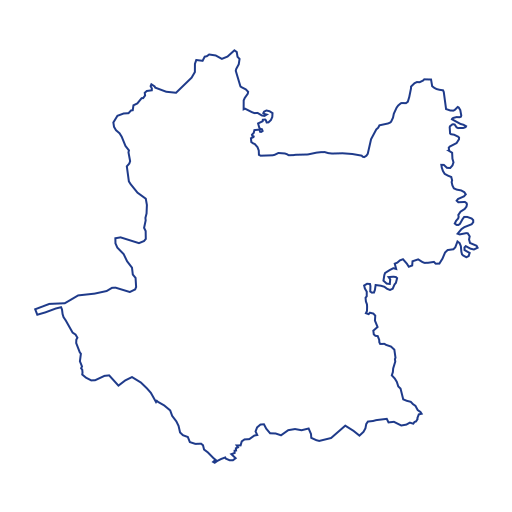 the district of Gaoual, Gaoual, Guinea, rotated 89°
{"feature_id": "49546643B28661548838550", "entity_name": "Gaoual", "entity_type": "district", "adm_level": 2, "iso_a3": "GIN", "parent_name": "Guinea", "parent_adm1": "Gaoual", "projection": "natural_earth1", "projection_center": [-13.638, 11.692], "detail": "fine", "context": "isolated", "style": "outline", "palette": "blue", "viewbox_px": 512, "rotation_deg": 89, "n_neighbors": 0, "source": "geoboundaries", "source_scale": "gbopen_adm2", "svg_char_len": 5969}
<svg xmlns="http://www.w3.org/2000/svg" viewBox="0 0 512 512"><g transform="rotate(89 256 256)"><path d="M113.4,392.1L120.0,396.3L124.4,395.7L127.8,393.8L130.9,390.3L134.4,388.2L143.7,384.6L148.2,381.2L150.1,381.7L159.0,380.2L161.4,381.1L164.1,383.6L179.2,381.8L182.0,380.1L190.6,373.4L196.8,365.2L203.1,364.2L211.6,364.7L216.0,365.9L218.5,365.7L225.9,367.4L229.1,365.9L237.0,365.9L239.1,367.7L241.1,372.8L235.0,391.1L235.8,396.3L240.9,396.3L245.2,394.5L251.8,388.3L259.0,385.0L265.5,380.2L272.4,379.5L275.8,376.8L284.9,376.4L287.3,377.4L289.8,382.8L285.2,397.0L285.3,400.5L288.4,405.9L290.8,418.0L292.3,434.5L299.9,448.0L300.3,463.5L305.4,477.7L310.9,475.7L308.7,467.6L305.0,457.1L303.8,451.8L306.1,450.9L310.7,450.4L313.8,449.5L317.2,447.3L329.4,440.7L331.4,437.8L334.6,436.0L336.5,437.1L339.9,437.3L349.2,433.9L350.7,432.8L358.2,433.9L363.4,431.9L365.2,432.8L366.7,431.7L369.5,431.5L371.5,431.8L374.7,428.1L377.5,422.9L377.4,419.0L373.2,409.6L372.8,404.9L383.2,395.8L378.1,388.9L374.9,382.1L380.5,373.3L386.4,367.4L391.0,363.5L400.3,358.5L399.1,357.7L400.1,356.6L403.8,350.4L408.9,344.5L414.4,342.6L420.0,338.5L424.5,336.4L431.1,335.0L433.9,332.2L435.8,327.3L440.9,325.4L442.8,319.9L442.7,314.2L444.3,312.3L448.6,311.3L451.5,307.6L457.2,302.2L459.1,300.0L461.1,302.4L462.0,300.9L460.2,298.2L458.3,294.3L456.9,290.3L458.0,289.8L459.8,285.9L459.8,282.6L457.8,279.9L453.7,284.1L452.6,280.8L450.3,280.8L450.1,279.3L447.9,279.5L447.0,277.4L445.1,278.6L445.1,274.7L441.1,273.5L439.2,270.7L439.0,265.9L435.5,260.8L435.0,257.9L431.4,259.5L427.4,257.9L424.6,254.5L424.4,251.0L428.8,248.8L433.5,245.0L433.8,239.5L435.7,234.1L430.7,226.8L429.7,220.0L431.0,213.5L429.4,206.4L435.0,204.1L438.8,203.9L441.2,198.9L442.0,196.0L439.3,184.1L427.2,169.7L432.5,161.6L437.4,155.7L433.7,151.6L430.2,149.6L425.9,148.7L423.5,147.0L423.0,141.8L422.2,138.7L421.1,128.1L424.7,126.4L424.2,121.0L428.0,113.7L427.2,108.6L425.3,105.1L426.4,101.7L424.7,100.4L424.2,98.9L421.8,97.3L421.0,97.5L417.2,96.0L416.6,93.2L414.8,94.3L412.9,97.0L408.6,99.2L406.9,101.6L404.5,103.8L403.4,107.8L401.9,111.3L391.1,113.8L388.9,116.0L384.3,117.4L380.9,119.4L377.7,122.3L374.5,121.2L370.8,120.8L364.0,118.6L361.5,118.9L360.2,118.3L352.1,119.3L348.9,122.6L347.1,127.6L346.1,129.1L346.1,133.4L344.4,134.2L341.9,134.3L338.2,135.7L337.9,138.0L336.4,139.6L332.7,140.0L329.1,135.7L322.7,138.2L317.7,137.8L315.6,139.7L314.7,143.1L316.1,144.4L315.1,147.1L312.9,146.0L308.7,145.8L306.3,145.9L303.4,146.9L299.7,147.2L298.2,146.0L293.6,145.9L290.4,147.7L287.4,148.4L285.7,145.4L286.0,142.5L288.1,142.1L293.5,142.4L294.6,140.9L294.6,138.7L292.0,137.7L287.1,136.9L287.9,131.7L289.0,128.2L291.1,125.5L292.3,122.6L291.1,119.9L286.9,118.0L285.3,116.6L280.6,115.3L279.5,116.5L279.1,118.9L279.4,123.8L281.7,122.2L286.3,122.7L285.9,125.8L282.9,129.0L277.2,128.0L275.2,127.2L272.3,122.4L270.6,118.9L271.4,116.1L266.1,117.4L265.1,114.8L262.9,112.2L261.8,109.1L266.3,105.3L269.4,103.4L268.2,100.0L264.0,99.6L262.2,93.9L264.9,89.8L265.8,87.7L265.8,84.1L265.0,78.2L266.8,76.5L266.8,72.8L261.9,69.6L255.8,66.9L253.4,64.3L252.7,58.5L250.8,56.6L245.0,54.3L246.7,52.2L249.8,51.0L255.3,50.6L257.9,50.0L259.0,49.0L260.9,45.7L259.8,43.4L256.7,42.3L253.7,47.4L251.1,47.4L249.8,46.1L252.4,41.5L253.3,38.0L251.6,34.3L249.6,35.3L246.7,41.8L243.2,42.7L240.1,42.0L237.0,43.9L236.8,45.4L238.0,52.0L237.2,54.0L232.7,50.1L230.8,47.2L228.0,39.8L226.0,38.2L223.9,38.2L222.3,39.7L220.6,44.2L220.6,47.2L222.7,48.8L227.5,51.6L228.5,53.1L228.4,55.0L227.0,56.7L224.3,55.3L222.0,53.2L220.4,52.7L218.5,53.0L215.2,50.7L212.6,46.5L210.3,44.7L208.0,44.2L206.9,44.5L205.6,46.2L205.8,52.8L204.2,54.4L202.5,53.0L200.0,47.0L198.0,45.2L195.8,46.6L194.0,49.8L193.1,54.2L191.8,57.0L188.9,58.4L185.5,59.1L183.8,58.6L180.4,59.4L179.1,62.5L177.2,65.9L174.3,67.6L170.9,68.7L168.1,69.1L168.2,66.6L171.2,63.5L171.4,60.3L168.9,58.0L165.8,56.9L162.2,57.9L156.2,58.1L154.0,61.5L153.9,61.0L151.1,61.4L150.0,60.4L146.6,53.5L142.8,51.0L141.2,50.9L140.3,51.7L138.2,55.8L137.6,59.0L136.9,59.8L130.7,60.1L129.7,59.8L127.9,57.5L127.7,56.6L128.0,55.1L130.9,53.2L131.6,51.8L131.6,46.4L130.8,44.2L129.9,43.7L128.4,46.3L127.5,49.3L122.7,57.7L122.1,57.4L121.4,56.4L120.6,53.0L120.8,50.0L120.3,48.7L119.1,48.3L113.7,49.2L111.1,50.7L110.5,51.7L113.4,54.7L114.1,56.1L113.9,59.2L112.4,63.4L95.3,65.4L93.6,66.1L93.0,69.7L92.2,72.6L91.0,74.8L89.3,76.9L82.6,77.9L82.3,84.7L83.5,85.9L85.1,89.4L84.9,92.1L86.0,94.5L89.3,98.0L91.1,98.1L99.7,100.0L104.4,101.5L105.8,103.4L105.6,107.7L105.9,108.6L108.0,111.2L110.1,112.8L116.1,115.7L120.1,116.6L124.1,118.6L125.0,119.7L125.8,121.7L127.5,130.3L129.9,131.6L131.5,133.5L141.2,138.9L155.8,142.5L157.7,143.9L159.0,146.1L158.6,147.6L157.5,148.6L155.7,157.9L154.8,167.7L154.9,178.1L154.4,181.9L153.3,185.5L153.3,189.2L153.7,193.6L155.4,202.5L155.5,214.7L155.8,217.0L155.8,221.6L154.7,223.4L154.0,225.4L153.4,231.8L155.2,235.7L155.6,237.7L155.8,249.6L154.9,251.3L150.6,251.4L147.2,252.6L144.0,255.3L143.4,256.8L142.0,258.7L138.2,259.0L137.1,256.5L136.6,256.2L136.3,256.3L135.8,257.6L134.7,257.9L132.8,256.1L130.1,255.4L129.7,250.7L130.2,250.2L131.9,249.7L132.0,248.5L131.1,247.2L129.3,247.9L129.0,249.5L127.7,250.5L123.5,251.6L121.4,247.0L119.9,246.8L119.7,244.5L120.4,243.8L122.7,243.0L122.6,241.2L120.3,238.7L117.3,237.3L113.4,237.0L111.5,239.9L110.7,243.0L111.8,245.4L113.3,246.2L114.2,244.9L114.8,242.9L116.1,245.1L115.6,247.7L113.0,251.9L113.1,255.1L112.1,257.6L108.5,264.4L109.1,265.8L100.2,265.6L97.8,264.5L93.6,261.4L91.7,261.0L89.2,263.3L87.2,267.1L86.3,268.5L85.5,268.8L70.5,273.0L68.6,272.5L64.0,269.9L58.7,269.0L56.5,271.0L51.7,271.7L50.0,274.0L56.1,281.0L58.3,286.7L54.8,292.8L53.7,299.3L55.4,301.7L55.8,303.8L59.9,306.0L59.0,312.3L62.8,313.7L71.0,313.9L76.6,317.3L91.4,333.1L90.2,342.9L85.9,353.8L84.7,354.4L82.5,357.6L84.3,358.4L86.7,357.2L88.5,357.3L89.1,362.3L90.9,364.4L93.6,364.1L96.2,366.1L96.2,367.6L101.4,372.0L103.2,375.9L108.1,376.7L108.3,378.4L111.0,381.0L111.2,385.8L113.4,392.1Z" fill="none" stroke="#1e3a8a" stroke-width="2"/></g></svg>